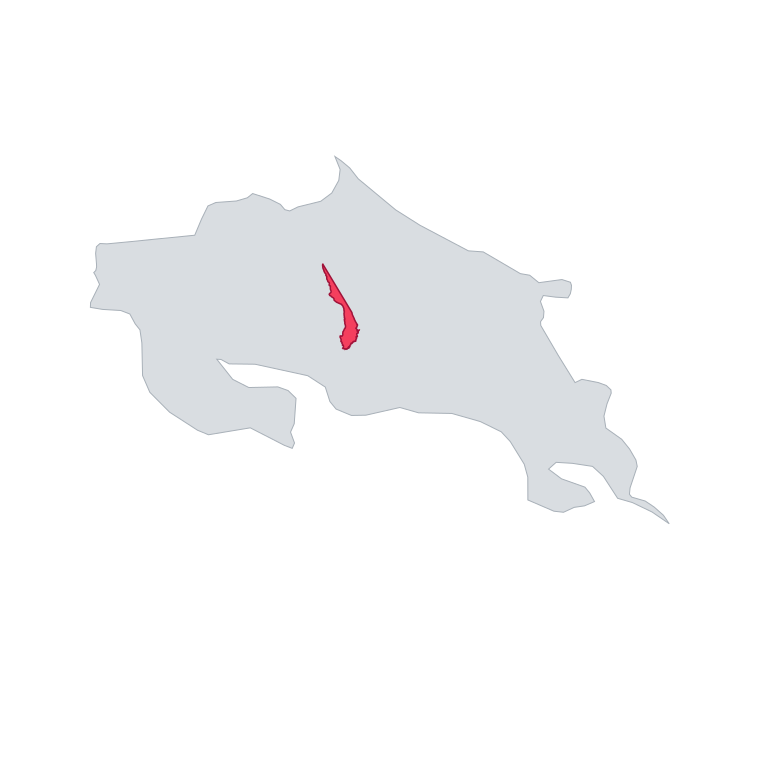 Alajuela, Alajuela, Costa Rica (highlighted), rotated 329°
{"feature_id": "36466004B67061549070759", "entity_name": "Alajuela", "entity_type": "district", "adm_level": 2, "iso_a3": "CRI", "parent_name": "Costa Rica", "parent_adm1": "Alajuela", "projection": "equal_earth", "projection_center": [-84.238, 10.164], "detail": "fine", "context": "in_parent", "style": "filled", "palette": "rose", "viewbox_px": 768, "rotation_deg": 329, "n_neighbors": 0, "source": "geoboundaries", "source_scale": "gbopen_adm2", "svg_char_len": 6809}
<svg xmlns="http://www.w3.org/2000/svg" viewBox="0 0 768 768"><g transform="rotate(329 384 384)"><path d="M596.2,392.8L595.5,396.0L593.3,399.3L590.2,402.6L586.0,404.9L575.9,398.0L566.1,390.2L560.6,393.8L558.6,404.0L554.9,409.2L550.3,411.2L548.5,414.6L548.1,448.9L548.5,481.2L556.0,481.9L568.5,493.2L573.8,499.8L575.5,505.9L574.0,508.9L564.9,515.9L556.0,524.8L551.5,536.0L559.3,553.9L561.0,566.2L560.8,578.9L558.6,585.1L541.4,599.8L537.6,604.9L538.1,608.6L547.6,618.8L552.2,628.6L555.9,640.4L556.5,650.7L547.8,631.7L535.8,613.5L525.4,602.3L524.5,576.2L520.3,562.0L504.6,549.0L491.2,539.8L481.2,541.7L487.3,556.7L503.1,575.9L504.2,583.3L503.9,593.2L493.1,591.7L483.5,587.7L471.8,586.4L464.1,580.5L447.6,557.5L459.3,537.9L462.9,525.0L462.6,498.4L459.9,485.4L447.2,465.8L427.0,444.2L398.8,426.5L385.5,412.3L352.4,401.4L339.9,394.2L330.0,380.8L328.6,371.2L332.1,356.4L322.9,337.6L283.6,300.6L261.6,287.0L256.9,279.0L253.4,276.6L256.7,302.1L266.3,317.4L291.5,331.8L298.4,340.2L301.2,351.0L286.6,371.8L279.1,377.1L276.9,388.5L272.2,391.9L267.1,385.4L246.8,352.7L207.4,337.1L200.3,327.5L185.7,297.7L179.0,270.5L181.4,252.4L197.6,224.1L202.7,211.9L201.7,204.3L202.2,193.1L196.2,185.4L181.3,175.2L171.8,167.1L174.4,163.1L191.5,152.1L192.6,142.3L192.6,139.0L195.4,138.3L197.9,135.7L199.4,133.0L204.1,123.5L208.2,118.2L212.9,117.3L218.7,121.2L240.2,131.5L264.2,142.8L298.4,159.0L312.6,148.6L324.8,140.7L333.3,141.8L351.7,151.1L362.7,154.0L369.5,153.1L381.3,166.6L387.7,176.7L388.8,183.5L392.3,187.1L401.5,187.9L423.9,194.8L437.6,193.4L450.1,186.2L456.9,177.5L459.1,163.7L462.2,170.5L465.9,181.2L467.6,194.9L483.7,240.8L496.6,266.5L524.9,313.3L537.1,321.9L557.7,359.6L564.9,365.8L568.9,376.9L590.3,386.1L596.2,392.8Z" fill="#d9dde1" stroke="#a8b0b8" stroke-width="1"/><path d="M393.3,269.6L393.3,249.8L393.1,249.8L392.9,250.2L392.8,250.4L392.7,250.5L392.6,250.4L392.5,250.5L392.4,251.0L392.1,251.4L392.1,251.8L391.8,252.2L391.7,252.4L391.5,252.8L391.4,253.0L391.3,253.3L391.4,253.5L391.2,254.0L391.1,254.4L391.2,254.5L391.2,255.1L391.0,255.3L391.0,255.5L390.9,255.6L390.9,256.2L390.8,256.3L390.7,256.4L390.8,256.7L390.7,256.8L390.6,257.0L390.6,257.4L390.5,257.8L390.5,258.1L390.5,258.4L390.7,259.0L390.8,259.6L390.6,260.1L390.5,260.4L390.4,260.6L390.2,260.8L390.1,261.1L390.2,261.7L390.2,262.0L390.3,262.3L390.2,262.5L389.9,262.9L389.7,263.4L389.5,263.7L389.4,263.9L389.1,264.4L389.0,264.7L389.0,265.5L389.0,266.0L388.9,266.3L388.8,266.8L388.7,267.0L388.7,267.3L388.7,267.5L388.7,267.8L389.0,268.4L389.2,268.6L389.2,268.8L389.2,269.1L388.9,269.8L388.6,270.0L388.4,270.2L388.2,270.6L387.9,271.1L387.9,271.4L387.9,271.5L388.2,271.6L388.3,271.7L388.5,272.4L388.4,272.6L388.2,272.9L388.0,273.1L387.5,274.0L387.3,274.3L387.2,274.5L387.0,274.8L386.9,275.1L386.7,275.7L386.7,276.1L386.6,276.4L386.6,276.5L386.4,277.2L386.2,277.6L386.0,277.9L385.4,278.3L384.8,278.3L383.9,278.5L383.3,278.8L383.2,279.0L383.2,279.7L383.1,279.9L383.2,280.2L383.3,280.6L383.6,280.8L383.8,281.3L383.9,281.5L383.9,281.9L383.9,282.2L384.4,283.0L384.6,283.6L384.9,284.0L385.0,284.3L385.0,285.3L384.8,285.5L384.4,286.6L385.5,289.6L385.8,289.7L385.9,289.9L385.9,290.0L386.0,290.1L386.3,290.7L386.6,291.0L386.7,291.3L387.1,291.8L387.3,291.9L387.5,292.4L387.7,292.7L388.2,293.2L388.2,293.4L388.4,293.6L388.6,293.9L388.6,294.8L388.7,295.0L388.9,296.3L388.8,296.7L388.6,297.2L388.6,297.4L388.6,297.6L388.6,297.9L388.6,298.2L388.5,298.3L388.4,298.7L388.3,299.1L388.1,299.3L387.8,299.9L387.7,300.3L387.7,300.5L387.4,300.6L387.3,300.8L387.3,301.0L387.3,301.5L387.2,301.8L386.8,302.0L386.7,302.1L386.4,302.7L386.1,303.0L385.8,303.2L385.7,303.7L385.6,303.9L385.5,304.0L385.3,304.6L385.0,304.9L384.8,305.8L384.5,306.1L384.4,306.2L384.3,306.3L384.4,306.7L384.2,307.2L384.0,307.5L383.9,307.6L384.0,307.7L384.0,308.0L383.8,308.0L383.6,308.3L383.2,308.4L383.2,308.9L382.9,309.0L382.5,309.8L382.5,310.2L382.4,310.6L382.3,311.0L382.0,311.2L381.9,311.4L381.6,311.9L381.4,312.5L381.5,312.9L381.3,313.1L381.2,313.3L381.1,313.9L381.0,314.1L380.9,314.5L380.7,314.8L380.5,315.0L380.3,315.4L380.2,315.5L379.9,315.6L379.8,315.9L379.6,316.1L379.3,316.1L379.0,316.3L378.2,316.5L377.8,316.9L376.9,317.5L376.7,317.6L376.3,317.9L375.8,318.0L375.0,319.0L374.8,319.2L374.6,319.5L374.4,320.0L374.1,320.5L373.9,320.8L373.3,321.0L372.9,321.3L372.5,321.1L372.4,321.0L372.0,321.1L371.8,320.8L371.6,320.6L371.4,320.3L371.1,320.3L370.9,320.5L370.7,320.9L370.7,321.1L370.4,321.4L370.4,322.4L370.3,322.6L370.3,323.1L370.2,323.3L370.1,323.5L370.1,323.8L370.1,324.1L369.8,324.4L369.6,324.6L369.3,324.8L369.1,325.0L369.0,325.6L369.3,325.9L369.3,326.1L369.3,326.3L369.4,326.6L369.4,326.8L369.2,327.0L369.0,327.3L368.8,327.7L368.8,327.9L368.8,328.0L368.9,328.6L368.9,329.1L368.7,329.4L368.5,329.5L368.9,330.0L368.8,330.6L368.6,330.8L368.4,331.3L368.1,331.7L367.8,331.8L367.2,331.9L367.0,332.0L367.1,332.5L367.3,332.6L367.5,332.9L367.9,333.0L368.0,333.3L368.2,333.6L368.3,333.7L368.4,333.8L368.5,333.8L368.6,333.6L368.8,333.7L368.8,334.0L368.7,334.2L369.1,334.2L369.2,334.3L369.3,334.4L369.5,334.7L369.9,334.6L370.0,334.8L370.3,334.8L370.6,335.0L370.7,334.9L370.9,334.8L371.1,334.6L371.3,334.5L371.8,335.0L372.0,335.0L372.1,334.8L372.2,334.7L372.4,334.8L372.7,334.8L372.8,334.9L373.0,334.7L373.1,334.3L373.1,334.1L373.3,334.2L373.4,334.3L373.6,334.5L373.8,334.5L374.0,334.4L374.2,334.2L374.3,333.6L374.6,333.5L374.9,333.3L375.7,333.2L376.0,332.8L376.3,332.6L376.5,332.3L376.8,332.5L377.1,332.6L377.3,332.3L377.7,332.6L378.0,332.4L378.3,332.4L378.5,332.4L378.6,332.2L378.8,332.0L379.2,332.1L379.5,331.9L379.7,332.1L379.9,332.2L380.1,332.1L380.4,332.2L380.6,332.0L380.9,332.3L381.0,332.4L381.3,332.4L381.6,332.7L381.8,332.7L382.1,332.2L382.4,332.1L382.5,331.9L382.5,331.7L382.8,331.5L383.0,331.2L383.4,331.0L383.6,331.1L383.8,331.0L383.8,330.9L383.8,330.7L384.1,330.1L384.1,329.8L384.2,329.6L384.3,329.4L384.4,329.2L384.6,329.2L385.0,329.3L385.1,329.7L385.5,329.7L385.8,329.4L385.9,329.0L385.9,328.4L386.0,328.1L386.1,327.9L386.1,327.6L386.2,327.4L386.4,327.3L386.6,326.9L386.7,326.7L386.9,326.7L387.4,327.0L387.5,327.0L388.0,327.0L388.1,326.9L388.2,326.4L388.4,326.3L388.6,326.3L388.7,326.1L388.9,325.9L388.9,325.7L389.1,325.6L389.4,325.4L389.5,325.1L389.9,325.1L390.1,325.0L390.4,325.1L390.5,325.0L390.2,324.9L390.1,325.0L389.8,324.8L389.6,324.8L389.4,324.9L389.2,325.0L388.8,325.6L388.5,325.8L388.4,325.9L388.3,325.4L388.3,324.5L389.1,324.2L389.0,323.7L388.9,323.4L388.8,323.0L388.9,322.9L388.6,321.8L388.9,321.6L389.4,321.4L389.5,321.4L389.9,321.3L390.0,321.2L390.2,320.8L390.4,320.7L390.6,320.6L390.8,320.6L391.0,320.3L391.1,320.2L391.3,319.9L391.3,319.5L391.7,319.6L391.7,319.4L391.8,319.2L391.7,318.8L391.7,318.2L391.7,315.7L391.9,314.1L391.8,313.4L392.1,312.9L392.6,308.2L393.3,306.2L393.3,304.5L393.3,304.3L393.3,303.5L393.3,269.6Z" fill="#f43f5e" stroke="#9f1239" stroke-width="1.5"/></g></svg>